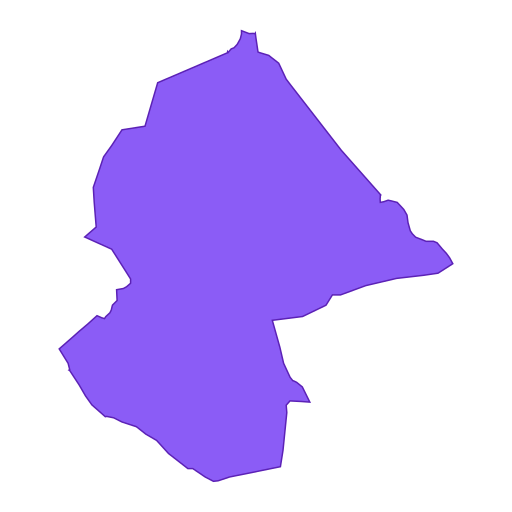 La Clery, Castries, Saint Lucia (Robinson projection)
{"feature_id": "8701671B59116812435541", "entity_name": "La Clery", "entity_type": "district", "adm_level": 2, "iso_a3": "LCA", "parent_name": "Saint Lucia", "parent_adm1": "Castries", "projection": "robinson", "projection_center": [-60.984, 14.019], "detail": "fine", "context": "isolated", "style": "filled", "palette": "violet", "viewbox_px": 512, "rotation_deg": 0, "n_neighbors": 0, "source": "geoboundaries", "source_scale": "gbopen_adm2", "svg_char_len": 1650}
<svg xmlns="http://www.w3.org/2000/svg" viewBox="0 0 512 512"><path d="M309.8,402.1L302.3,386.9L296.6,382.3L293.7,380.9L292.8,380.7L290.1,377.3L283.6,363.3L279.9,347.4L276.5,335.3L272.3,320.3L302.6,316.5L326.0,305.2L332.4,294.9L340.5,294.9L365.8,285.6L396.5,278.4L423.5,275.3L438.0,273.2L452.8,263.7L449.6,257.8L446.3,253.3L442.1,248.8L437.1,242.8L433.5,241.3L426.0,241.3L423.4,240.2L415.6,237.2L412.3,233.8L410.3,230.8L408.0,222.6L407.0,215.1L403.8,209.5L397.2,202.4L391.3,200.9L388.1,200.2L383.8,201.7L380.3,202.4L380.1,198.7L380.3,197.1L380.3,195.6L380.8,195.0L341.3,150.3L290.4,84.7L286.2,79.2L278.7,63.2L271.0,57.2L268.8,55.4L259.5,52.6L258.0,52.0L255.9,37.8L255.3,33.1L254.9,33.7L253.2,33.4L249.1,33.6L243.1,31.3L241.5,30.7L241.5,34.0L240.3,38.8L237.2,44.4L234.0,47.8L231.2,48.9L228.1,52.5L227.6,51.7L227.4,52.8L157.7,82.7L145.0,126.2L122.0,129.8L111.8,145.4L103.7,156.7L103.3,157.7L99.5,169.2L93.3,187.4L94.2,202.2L96.2,227.0L84.7,237.0L111.7,249.2L126.7,272.8L130.6,279.0L130.6,279.7L130.6,283.2L130.1,283.7L127.0,286.4L126.5,286.8L123.4,288.5L116.6,289.7L117.1,300.5L113.0,304.6L112.5,305.1L112.1,306.5L111.3,310.0L109.9,312.8L105.8,316.6L104.5,318.6L101.5,317.7L100.5,317.2L97.7,316.0L97.0,315.7L89.8,322.2L87.1,324.6L79.4,331.1L74.7,335.3L59.2,348.9L68.1,363.3L69.7,369.6L69.0,370.1L69.7,370.5L79.2,385.0L85.5,395.9L91.9,404.9L105.3,416.7L106.7,416.4L113.7,417.8L122.0,422.0L136.4,426.7L145.9,434.2L156.6,440.4L168.5,453.5L187.9,468.6L192.8,468.6L205.2,477.0L213.4,481.3L218.1,480.8L229.5,477.0L280.4,466.7L283.0,450.3L286.8,412.6L286.2,405.2L290.0,400.9L301.4,401.5L309.8,402.1Z" fill="#8b5cf6" stroke="#5b21b6" stroke-width="1.5"/></svg>